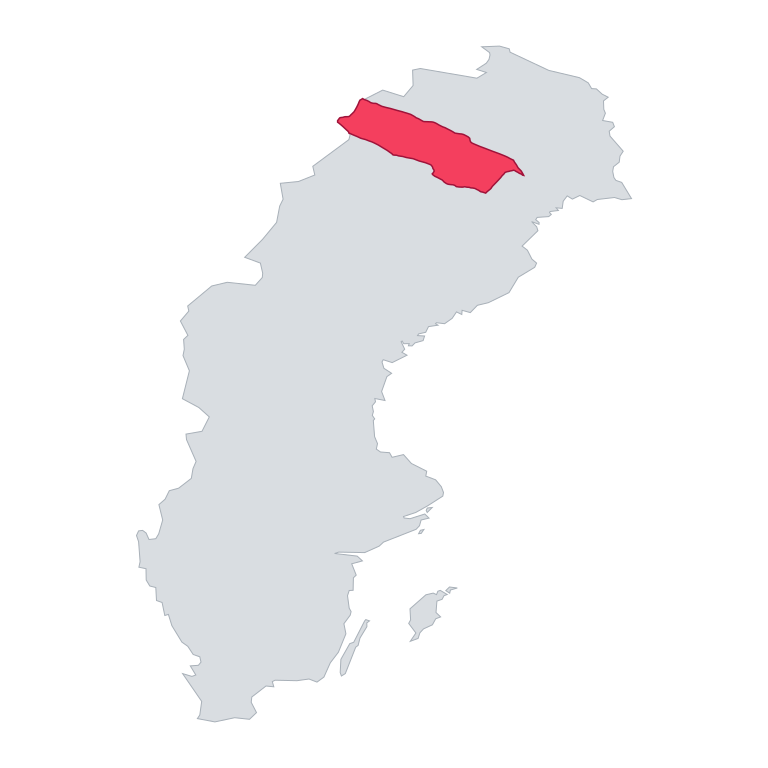 location of Jokkmokk, Norrbotten, Sweden
{"feature_id": "70781695B36834641182296", "entity_name": "Jokkmokk", "entity_type": "district", "adm_level": 2, "iso_a3": "SWE", "parent_name": "Sweden", "parent_adm1": "Norrbotten", "projection": "robinson", "projection_center": [18.54, 66.923], "detail": "fine", "context": "in_parent", "style": "filled", "palette": "rose", "viewbox_px": 768, "rotation_deg": 0, "n_neighbors": 0, "source": "geoboundaries", "source_scale": "gbopen_adm2", "svg_char_len": 5990}
<svg xmlns="http://www.w3.org/2000/svg" viewBox="0 0 768 768"><path d="M146.1,533.0L149.0,539.5L155.8,538.7L158.7,533.9L162.7,520.0L158.9,504.6L165.1,499.2L169.3,490.7L178.6,488.2L191.3,478.4L193.0,468.6L196.1,461.4L186.5,439.6L186.0,434.1L202.0,431.3L209.3,416.9L198.8,407.5L182.4,398.7L189.4,370.8L183.0,355.6L184.3,349.2L183.6,339.4L187.9,335.4L180.4,321.0L188.8,311.1L187.7,306.0L211.7,286.0L227.2,282.3L255.3,285.3L262.3,277.5L262.7,273.2L260.4,263.1L244.7,257.3L262.6,239.3L276.6,222.4L279.7,206.1L283.1,199.2L280.3,183.3L298.5,181.5L314.8,175.0L312.8,166.3L348.9,139.6L350.1,134.9L347.5,130.3L339.3,122.1L341.7,118.4L351.3,116.2L355.9,112.6L363.2,100.0L382.7,90.1L403.7,96.7L413.1,85.5L412.6,70.1L420.3,68.5L476.9,78.2L486.4,72.5L476.7,69.4L486.3,63.2L489.0,59.4L490.0,55.0L489.6,52.6L481.7,46.8L499.5,46.1L509.2,48.8L510.1,52.2L548.8,70.4L579.5,77.7L588.3,82.9L591.6,88.6L596.4,88.9L602.2,94.2L608.2,97.2L603.5,100.9L603.8,109.4L605.4,113.2L602.6,120.5L612.7,122.3L614.4,126.7L609.2,131.2L610.0,136.1L623.2,151.2L620.0,156.1L619.2,162.2L613.5,166.7L612.7,171.4L613.9,177.5L615.9,180.4L621.7,182.4L631.5,198.6L621.9,199.7L614.5,197.5L597.3,199.5L593.1,201.9L579.8,195.5L572.4,199.1L567.2,195.9L563.2,201.2L562.2,208.4L556.1,207.8L558.4,210.5L550.1,211.5L549.5,212.6L551.3,214.4L548.7,216.6L537.2,217.4L535.7,219.7L539.1,222.5L539.0,224.3L531.6,221.6L536.7,226.8L537.9,230.7L522.1,246.1L527.4,250.2L531.9,259.1L536.6,263.1L534.7,267.3L518.3,277.2L509.0,292.6L488.3,302.7L477.4,305.3L470.3,312.6L462.1,310.3L461.8,314.5L456.5,311.9L452.2,318.3L444.6,323.7L436.4,322.7L435.5,323.7L438.0,325.2L428.5,326.6L425.7,332.3L418.6,333.9L417.5,335.6L424.6,336.0L423.1,340.6L415.0,342.9L412.1,345.9L408.4,345.8L409.2,343.6L403.8,343.7L402.1,341.0L401.1,341.7L404.7,349.2L401.9,352.3L407.0,355.2L392.2,362.6L383.2,359.7L382.0,362.0L383.9,368.3L391.6,373.3L386.9,376.6L381.6,391.5L385.0,400.5L374.8,398.5L375.5,401.8L372.2,405.8L373.4,411.6L372.3,415.4L374.7,418.9L373.3,420.5L374.6,436.7L377.5,443.6L376.3,449.1L380.5,452.0L389.5,452.7L392.1,457.3L403.5,454.6L411.4,463.5L426.7,471.2L425.8,476.1L435.6,479.8L441.3,486.7L443.5,492.5L442.8,496.1L427.5,505.9L415.7,512.5L403.5,516.5L404.1,518.0L410.1,518.7L424.8,514.0L429.0,518.1L421.1,520.0L419.5,525.7L416.1,529.3L383.5,542.1L379.2,546.1L364.7,552.6L338.7,552.1L334.6,553.5L357.2,556.1L362.4,560.9L351.7,563.8L356.2,575.1L353.4,577.8L353.1,590.3L349.2,590.5L347.5,595.7L349.2,608.2L351.1,611.6L350.2,615.2L343.9,623.7L345.9,633.8L338.4,652.2L330.3,662.8L323.9,677.1L317.0,682.1L309.0,679.0L296.9,680.7L275.1,680.2L272.3,681.6L273.8,686.8L266.0,686.0L251.8,697.0L251.2,702.3L256.5,712.6L249.5,719.3L234.7,717.7L214.9,721.9L197.4,718.6L199.8,715.0L201.7,701.4L182.6,673.6L191.9,676.4L195.8,675.0L190.3,665.9L198.4,665.3L201.0,662.1L199.8,656.8L193.2,654.5L187.8,646.3L181.9,642.1L171.9,625.7L168.4,614.4L164.8,615.5L162.1,602.5L156.5,600.5L155.8,587.5L149.8,586.0L146.2,580.0L146.0,568.7L138.9,567.2L140.1,561.7L138.6,541.7L136.5,535.5L138.6,530.9L142.6,530.4L146.1,533.0ZM447.2,594.5L444.0,595.7L442.1,599.3L436.9,601.1L436.0,612.5L440.6,616.9L435.7,618.8L432.4,624.8L423.5,628.9L419.9,632.8L418.1,638.4L410.3,641.3L415.9,633.0L408.7,623.4L410.6,619.9L410.0,608.8L425.9,594.8L433.2,593.1L436.5,594.6L437.9,591.2L440.3,590.4L447.2,594.5ZM345.3,673.6L341.4,676.0L340.2,672.5L340.9,659.3L349.8,643.6L353.7,642.3L364.6,621.0L365.8,619.6L369.5,620.9L366.8,622.9L366.9,626.6L360.0,638.0L358.1,645.4L355.7,647.2L345.3,673.6ZM450.4,590.0L449.7,593.2L445.8,590.6L449.5,587.0L457.3,588.0L450.4,590.0ZM432.2,507.5L427.2,512.5L426.2,510.4L427.3,508.0L432.2,507.5ZM421.2,533.4L418.6,533.7L420.4,530.3L423.9,529.5L421.2,533.4Z" fill="#d9dde1" stroke="#a8b0b8" stroke-width="1"/><path d="M443.2,181.0L444.1,182.0L446.3,183.5L447.7,184.1L448.5,184.3L450.6,184.6L453.1,184.8L454.8,185.4L456.3,186.6L458.9,187.0L461.4,187.1L463.0,187.1L464.8,186.7L465.9,187.0L467.2,187.2L469.1,187.3L470.9,187.9L472.8,188.0L475.1,188.5L476.5,189.3L478.6,190.3L480.0,191.3L480.9,191.8L482.6,192.1L485.7,193.1L487.2,191.6L490.3,189.1L491.1,188.3L491.1,188.2L492.4,186.3L496.5,182.1L500.6,177.7L502.2,175.6L503.7,174.2L505.1,172.4L507.1,171.7L508.9,171.4L510.5,170.9L511.8,170.7L513.7,170.2L514.9,170.6L516.0,171.4L518.0,172.4L519.3,173.3L521.3,174.1L522.7,175.2L523.7,175.4L522.8,173.7L521.3,171.1L518.0,167.7L516.4,164.8L514.4,162.0L513.5,160.2L510.3,158.7L507.6,157.2L504.7,155.9L499.5,153.8L491.6,150.9L484.9,148.3L479.8,146.4L474.8,144.3L472.1,143.1L470.6,141.9L470.0,140.3L469.9,139.4L469.7,138.3L468.2,136.9L466.2,135.8L463.6,134.5L461.7,134.0L459.5,133.8L456.8,133.4L454.9,133.1L453.4,132.1L451.3,130.9L449.0,129.7L447.2,128.8L445.1,127.7L442.6,126.8L439.0,125.0L436.5,123.5L434.6,122.6L433.1,122.1L431.9,121.9L429.6,121.8L427.1,121.7L424.1,121.6L423.2,121.4L421.6,120.5L418.5,118.7L416.0,117.7L414.9,116.8L412.7,115.5L410.7,114.4L408.6,113.7L406.4,113.0L404.6,112.5L402.1,111.7L397.1,110.4L390.5,108.5L387.1,107.7L385.8,107.4L384.0,106.9L381.8,106.3L379.8,105.3L378.3,104.6L376.8,103.7L375.7,103.4L373.2,103.3L370.8,102.7L369.0,101.5L366.8,100.4L364.7,99.7L363.7,99.3L362.7,98.6L362.5,98.8L361.7,99.1L360.9,99.7L360.0,100.1L359.2,101.6L358.3,103.9L357.0,106.6L355.7,109.0L354.1,111.7L352.0,113.8L350.9,114.8L350.2,115.6L349.4,116.3L348.5,116.6L347.0,116.7L345.4,116.7L344.1,116.9L343.4,117.2L342.3,117.4L341.0,117.5L340.1,117.7L339.6,118.0L338.9,118.9L338.5,119.5L337.6,120.6L337.6,122.2L338.5,122.8L340.7,124.6L343.2,126.8L345.2,128.7L346.7,130.1L347.9,131.1L348.6,132.1L349.1,133.3L349.6,133.3L353.4,135.0L357.3,136.6L360.9,138.3L365.7,139.6L368.7,140.8L371.9,141.9L374.1,142.9L378.1,144.9L382.2,147.4L387.2,150.4L390.1,152.5L391.8,153.6L392.7,154.7L393.9,155.1L396.5,155.2L398.6,155.9L402.8,156.5L406.3,157.5L413.2,158.7L419.2,161.0L422.9,162.0L425.4,162.7L428.3,163.8L430.8,164.8L432.4,166.7L433.0,168.7L433.8,169.7L434.2,171.1L433.2,172.8L432.2,173.9L433.1,175.0L434.9,176.3L437.5,177.5L442.4,180.1L443.2,181.0Z" fill="#f43f5e" stroke="#9f1239" stroke-width="1.5"/></svg>